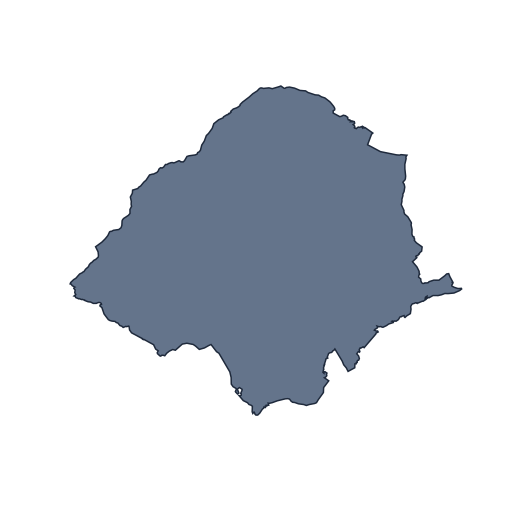 Calvini, Buzau, Romania (Albers equal-area conic projection), rotated 252°
{"feature_id": "2599482B35785956120481", "entity_name": "Calvini", "entity_type": "district", "adm_level": 2, "iso_a3": "ROU", "parent_name": "Romania", "parent_adm1": "Buzau", "projection": "albers", "projection_center": [26.287, 45.248], "detail": "fine", "context": "isolated", "style": "filled", "palette": "slate", "viewbox_px": 512, "rotation_deg": 252, "n_neighbors": 0, "source": "geoboundaries", "source_scale": "gbopen_adm2", "svg_char_len": 6118}
<svg xmlns="http://www.w3.org/2000/svg" viewBox="0 0 512 512"><g transform="rotate(252 256 256)"><path d="M305.2,430.7L307.6,425.2L307.6,423.8L308.7,421.0L316.8,406.6L327.3,396.5L336.1,403.5L336.8,405.1L344.3,399.5L344.3,398.3L345.1,398.5L346.3,397.4L345.2,396.8L346.4,396.4L346.4,394.0L347.0,393.2L346.8,392.1L346.1,390.8L347.3,389.2L347.8,389.2L348.1,389.9L349.4,389.9L351.0,389.0L351.3,390.3L351.8,390.9L353.4,391.0L354.3,388.0L354.7,389.1L355.9,386.9L356.5,387.2L357.0,385.9L358.8,385.7L359.5,386.1L361.8,384.4L362.9,382.5L362.5,380.2L362.7,378.7L368.1,373.6L370.3,374.3L370.6,375.9L370.9,376.1L372.1,376.5L374.3,376.1L379.5,374.1L385.0,370.4L387.2,367.4L389.6,365.3L391.0,362.0L395.5,355.9L397.7,354.2L399.9,349.0L403.7,344.6L406.3,340.1L406.9,336.9L406.5,335.4L406.9,334.5L410.0,332.2L409.9,330.1L410.1,323.2L411.9,320.3L413.1,314.8L414.0,313.5L414.4,312.2L414.2,311.0L412.6,308.0L411.3,303.1L409.3,298.7L406.6,290.9L405.0,287.7L404.1,287.4L403.4,285.7L402.9,283.5L402.8,279.8L401.4,276.7L400.6,276.8L400.0,275.7L399.6,274.5L400.0,274.4L399.8,273.8L399.1,272.8L399.3,271.8L398.4,268.1L397.6,267.4L397.1,262.6L394.9,256.8L390.9,253.8L387.2,248.7L385.9,246.0L381.2,242.3L378.3,238.7L373.7,235.8L372.6,234.0L372.4,232.5L371.1,231.4L370.9,229.5L372.0,223.3L372.0,221.1L368.7,217.4L368.0,215.8L368.8,213.6L370.1,212.7L370.4,211.9L369.9,207.4L370.1,206.1L370.6,205.6L371.0,204.3L371.0,201.2L370.5,199.8L371.0,198.2L369.1,195.6L368.7,193.8L369.4,192.7L369.3,192.0L368.6,190.5L367.1,189.3L366.1,187.6L365.6,183.6L365.9,182.8L366.0,179.8L362.1,174.9L360.9,172.1L358.2,167.9L357.7,165.8L356.7,164.4L356.8,159.0L353.9,157.8L350.9,154.7L346.5,154.3L343.7,153.2L341.7,153.0L339.2,150.5L335.4,149.3L334.1,147.2L332.6,141.7L331.8,140.4L330.8,139.5L326.6,137.9L324.6,136.4L323.6,133.7L324.5,128.3L324.1,126.2L324.4,125.1L324.2,124.2L321.2,121.4L319.0,118.0L316.8,113.7L314.4,106.3L308.7,107.1L305.1,106.3L303.7,105.6L302.3,102.5L302.0,100.5L300.6,97.8L300.4,96.7L299.4,94.9L297.6,93.3L296.1,89.8L294.3,87.5L294.3,86.6L293.8,85.5L293.4,82.7L290.5,77.8L289.9,75.3L288.1,71.6L286.9,70.6L286.3,71.5L284.5,72.1L282.4,74.1L282.3,73.5L281.5,72.7L279.6,73.5L277.1,72.3L275.0,72.7L274.5,72.0L274.6,71.5L274.2,70.6L273.6,71.6L272.2,71.7L270.0,74.2L270.1,74.6L268.4,76.8L268.3,77.7L267.5,78.5L267.2,79.4L266.7,79.3L264.4,82.1L263.3,84.5L261.2,86.6L260.3,89.5L260.5,91.5L260.3,92.4L259.9,93.3L258.7,94.2L257.7,94.1L257.8,92.9L256.8,92.1L254.5,93.5L247.8,93.6L241.1,95.9L239.8,97.1L238.6,98.9L237.3,101.8L235.9,102.5L235.0,103.9L231.9,105.1L230.7,106.7L229.1,107.6L229.3,110.5L228.8,111.1L228.7,113.2L228.4,113.5L224.7,112.9L221.4,113.9L212.4,122.5L212.1,122.3L211.5,122.8L211.1,123.4L211.2,123.7L203.3,131.2L198.5,131.8L196.0,133.7L194.6,132.2L193.6,132.1L190.6,133.8L190.2,134.5L190.7,135.5L190.4,136.9L189.3,138.4L191.1,141.0L192.3,144.2L192.8,147.9L191.3,150.2L195.0,158.7L194.4,163.3L191.3,168.9L189.0,170.7L184.7,173.2L184.5,178.6L185.5,183.6L185.7,185.9L177.2,188.9L175.0,190.7L153.9,195.3L148.1,194.8L141.8,192.9L138.8,193.8L136.2,196.1L135.3,196.1L133.5,194.5L132.9,194.6L130.4,195.8L130.5,197.0L131.4,197.4L135.2,197.1L136.0,199.6L133.5,201.6L132.3,201.0L130.1,199.0L129.5,199.4L128.2,198.9L127.9,198.1L128.3,196.8L122.4,199.2L119.1,202.6L117.0,203.4L115.5,205.3L114.2,206.1L109.0,204.2L107.2,204.3L108.2,205.9L107.9,206.1L105.7,206.2L104.7,206.8L104.2,208.5L105.4,211.0L108.5,214.9L108.8,216.1L109.8,216.7L109.0,218.0L109.3,218.4L110.2,218.4L110.1,219.2L110.9,219.5L110.7,220.1L110.3,219.6L110.0,219.9L110.4,221.0L110.2,222.0L112.3,222.1L111.8,223.1L111.5,226.0L111.7,231.5L111.1,239.7L110.5,242.2L109.5,243.7L107.1,244.5L105.6,245.6L104.7,247.6L102.3,250.7L100.0,255.5L98.3,257.7L98.3,260.6L97.6,266.3L97.8,268.2L100.0,270.7L105.3,277.9L110.0,279.7L114.8,286.6L119.1,283.4L119.3,284.8L120.2,286.3L121.9,286.6L122.7,287.3L124.7,285.8L124.8,285.0L123.4,284.4L124.6,283.7L126.9,285.0L127.3,285.5L128.7,285.6L131.3,287.5L131.3,287.1L135.1,289.9L136.4,290.5L136.8,292.7L137.5,292.3L140.8,294.9L141.2,296.4L140.9,297.4L141.3,299.0L142.1,299.8L142.3,301.1L143.2,302.3L129.4,305.5L125.4,305.8L121.7,307.3L117.8,307.9L119.2,315.4L122.8,316.7L122.5,317.9L123.7,318.5L123.8,319.0L123.4,319.0L123.6,319.4L124.8,319.7L125.3,320.5L125.2,321.4L126.5,322.6L129.2,322.7L131.9,321.6L133.5,323.8L133.3,324.3L132.6,324.6L132.9,325.2L135.2,325.3L136.4,326.7L136.0,327.2L136.5,329.8L135.4,330.5L144.8,345.9L145.6,346.3L146.0,348.7L147.1,348.5L147.4,347.3L148.9,345.6L149.3,346.0L150.1,349.2L150.7,349.7L151.9,349.5L150.7,351.1L150.3,353.0L149.3,354.0L149.0,354.9L149.5,358.7L150.3,361.1L150.3,366.0L150.8,366.0L151.9,365.1L151.9,366.0L151.2,366.6L151.4,367.6L150.7,369.1L151.5,371.8L153.4,373.9L153.6,374.8L153.3,375.6L153.6,376.2L153.6,378.4L152.1,378.3L151.5,378.7L152.5,380.8L153.5,385.0L157.5,387.0L160.1,387.5L161.7,389.1L162.2,390.1L162.0,391.4L162.2,393.4L161.2,394.6L161.6,394.8L161.2,395.6L161.6,400.2L161.3,400.9L162.2,404.4L163.2,405.0L163.5,404.4L163.1,403.7L164.0,404.1L164.5,404.6L164.9,406.2L163.0,405.3L162.8,405.6L163.3,406.9L162.8,407.6L163.7,412.1L162.1,417.0L161.8,420.5L162.0,424.0L160.9,427.0L159.6,432.9L160.2,439.0L161.1,441.4L161.8,441.3L162.4,438.8L163.0,437.5L165.1,434.7L166.9,433.0L167.8,433.2L169.1,434.7L169.9,434.5L169.7,435.0L169.9,435.2L176.5,434.0L179.7,433.8L180.0,431.7L178.9,429.5L176.5,422.5L178.1,417.6L178.1,412.7L177.4,411.4L177.8,409.3L178.3,408.4L178.0,407.9L178.2,406.6L178.5,405.9L179.4,405.3L181.3,405.1L183.3,405.6L185.6,404.1L187.5,405.0L188.1,406.1L189.3,405.9L191.1,406.4L195.8,405.7L202.2,403.1L204.7,408.4L205.9,407.8L206.6,408.3L206.7,408.9L206.3,409.8L206.7,410.1L207.2,411.5L207.8,411.6L207.8,412.2L208.6,412.8L209.4,415.0L213.3,416.8L219.0,412.6L222.0,411.4L223.1,412.1L224.3,411.8L225.2,412.2L226.1,411.2L228.5,411.0L232.9,412.6L237.7,413.1L239.1,413.9L239.9,414.0L246.4,412.5L250.0,410.3L252.2,410.3L253.7,410.8L259.9,410.0L262.9,411.7L264.9,412.3L267.9,414.3L269.5,414.8L271.5,416.7L275.6,418.8L278.5,419.1L280.5,418.5L281.0,418.8L282.2,421.0L283.2,421.9L285.7,423.0L292.8,424.5L297.2,425.9L302.1,428.8L304.0,429.2L305.2,430.7Z" fill="#64748b" stroke="#1e293b" stroke-width="1.5"/></g></svg>